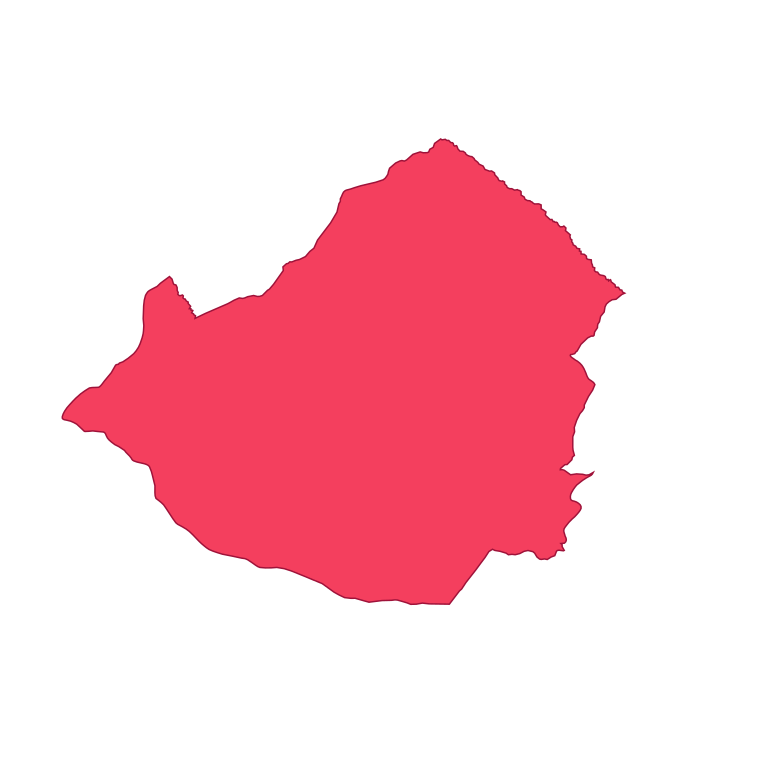 outline of Basankusu, Équateur, Democratic Republic of the Congo, rotated 217°
{"feature_id": "63176286B59821830207387", "entity_name": "Basankusu", "entity_type": "district", "adm_level": 2, "iso_a3": "COD", "parent_name": "Democratic Republic of the Congo", "parent_adm1": "Équateur", "projection": "orthographic", "projection_center": [19.985, 1.055], "detail": "fine", "context": "isolated", "style": "filled", "palette": "rose", "viewbox_px": 768, "rotation_deg": 217, "n_neighbors": 0, "source": "geoboundaries", "source_scale": "gbopen_adm2", "svg_char_len": 6171}
<svg xmlns="http://www.w3.org/2000/svg" viewBox="0 0 768 768"><g transform="rotate(217 384 384)"><path d="M620.0,340.7L623.2,329.9L623.9,325.4L626.5,320.0L627.6,317.5L628.1,315.7L628.1,313.7L627.8,311.3L625.9,306.7L623.0,301.8L615.6,291.2L610.9,286.0L608.0,281.6L606.6,279.2L604.9,275.2L603.1,269.7L602.2,265.7L601.9,261.4L602.1,257.6L603.8,250.6L605.9,244.5L607.9,241.5L608.0,239.9L609.0,238.9L609.7,237.6L608.6,228.9L609.1,218.2L609.1,214.2L609.2,212.3L609.5,210.6L610.0,209.6L611.9,208.0L615.0,205.5L616.9,203.5L618.7,198.8L620.3,193.7L621.6,187.3L622.1,183.5L622.6,178.4L622.9,174.3L622.7,170.1L622.2,167.1L621.3,164.4L620.9,163.8L620.2,163.0L619.4,162.8L618.0,163.0L615.5,164.2L612.0,165.7L608.7,166.5L605.3,167.0L601.1,166.6L596.7,166.1L595.1,165.9L594.3,166.1L591.4,168.5L588.3,171.3L584.7,173.4L580.8,175.8L579.2,176.8L578.1,177.0L576.8,176.8L574.7,175.6L572.5,174.5L570.2,173.9L566.7,173.6L562.5,173.6L558.2,174.4L555.0,174.6L551.3,174.8L548.8,174.1L543.9,173.4L541.3,172.7L539.9,172.1L538.9,171.9L537.6,172.0L534.4,173.0L527.4,176.1L525.6,176.7L524.3,177.0L523.2,177.1L521.7,176.9L520.5,176.2L517.2,174.2L514.0,171.7L505.7,164.9L501.6,159.4L499.5,157.0L497.2,155.4L493.8,155.4L490.7,155.3L487.3,154.9L482.5,153.3L471.3,149.3L466.7,147.9L464.3,147.8L459.3,148.6L454.7,149.1L450.8,149.1L445.7,148.5L440.8,147.7L437.1,147.1L433.7,146.7L430.5,146.5L427.2,146.4L424.0,146.6L420.0,147.6L416.0,148.9L410.7,150.8L401.2,155.4L393.0,159.2L389.9,160.9L387.2,161.6L382.1,161.9L377.9,162.0L375.0,162.2L372.7,162.8L368.0,165.8L363.2,169.5L359.2,173.0L352.5,176.5L345.6,178.9L333.7,182.1L322.4,185.0L313.3,187.4L298.3,187.7L292.8,188.5L286.9,189.7L281.5,192.9L278.1,195.5L269.0,199.0L264.7,200.7L255.2,209.9L247.9,215.7L245.3,218.2L243.3,219.5L238.4,221.4L233.8,223.1L230.1,224.1L228.1,225.7L225.7,227.6L221.5,232.1L215.6,235.6L199.3,247.5L199.2,264.2L198.6,267.0L199.1,274.8L198.8,290.8L198.9,298.8L198.9,306.2L199.4,313.4L197.9,317.3L195.3,317.8L190.7,320.2L184.7,322.4L181.9,322.5L179.3,325.0L176.5,326.6L173.5,330.3L171.4,334.7L168.8,337.7L164.2,339.7L161.9,339.6L157.7,337.9L154.4,337.8L152.9,338.5L150.5,340.9L148.0,342.1L146.4,346.4L144.3,349.7L145.6,354.3L145.4,355.3L144.3,356.5L140.3,358.8L139.9,359.6L143.8,361.3L145.1,362.9L146.7,363.1L145.4,364.3L144.1,365.5L143.9,367.5L144.5,369.1L145.9,370.5L147.9,371.6L149.2,372.6L151.0,373.9L152.1,374.9L153.0,376.7L153.2,378.5L153.2,380.9L153.1,384.8L152.5,389.4L151.8,392.8L151.4,396.9L151.3,399.4L151.4,401.5L151.8,403.3L153.0,404.8L154.7,405.6L156.9,405.8L159.2,405.6L161.3,405.0L163.4,404.1L164.8,404.0L166.0,404.6L167.4,406.2L168.4,408.1L168.9,410.2L169.3,413.7L169.4,416.4L169.3,419.3L168.0,424.4L167.4,426.6L165.8,431.0L163.6,435.9L163.4,437.5L163.7,439.3L165.6,434.9L167.8,432.8L170.9,431.5L176.1,428.1L180.4,423.8L188.1,423.6L190.1,422.9L191.6,421.6L192.2,422.8L191.0,428.4L189.3,429.9L188.4,436.6L189.5,438.9L189.0,441.6L193.2,444.9L195.1,447.0L201.5,455.5L203.0,460.5L205.9,463.8L208.3,471.0L209.7,478.3L209.4,482.2L209.8,485.6L211.4,487.8L213.2,497.1L213.7,504.7L215.2,510.4L216.3,510.9L217.6,511.3L220.1,511.3L222.1,511.2L223.7,511.2L225.5,511.9L227.0,512.7L229.3,514.2L233.4,516.5L235.5,517.4L237.3,518.0L240.1,518.5L243.4,518.6L245.4,518.3L247.6,518.3L249.5,518.2L251.4,518.3L252.4,518.8L252.7,519.8L251.7,520.7L250.0,523.0L250.0,525.7L249.6,526.4L250.0,529.7L250.6,534.2L249.1,543.4L247.3,547.0L245.8,548.1L245.5,549.2L247.1,552.3L247.4,557.4L248.5,559.0L249.3,560.6L249.4,563.3L251.7,568.4L251.5,574.0L253.9,578.6L254.5,581.7L253.9,585.0L252.5,588.6L249.7,591.3L247.9,598.7L246.4,601.4L248.8,601.0L250.6,602.1L252.2,601.2L254.9,602.3L257.4,600.7L259.3,602.3L264.0,602.3L265.5,603.5L266.1,603.5L266.7,601.5L267.9,602.4L268.8,601.5L269.8,601.4L271.9,603.0L273.7,602.8L276.9,601.2L278.4,601.1L280.7,601.9L282.4,601.0L284.2,601.2L285.6,603.6L287.8,603.1L289.2,604.5L291.0,605.5L293.2,607.9L296.1,606.3L297.7,606.1L299.3,607.9L302.0,608.1L304.9,606.5L306.5,608.5L307.9,607.8L309.1,609.7L310.0,609.2L311.6,608.5L313.8,609.4L316.8,609.0L317.9,610.1L319.7,610.6L320.7,612.2L322.3,612.1L324.7,614.1L324.9,615.2L326.0,615.3L331.4,615.7L331.7,616.5L332.6,618.1L335.4,618.4L335.6,618.0L335.9,617.2L337.8,615.6L340.3,615.9L342.6,617.1L343.6,617.0L344.8,616.1L346.0,616.2L346.6,615.5L348.9,616.5L350.2,615.3L356.4,615.9L357.1,616.5L358.2,618.9L361.9,618.8L363.9,618.5L366.3,621.6L368.8,621.0L372.1,618.4L373.8,618.2L375.1,618.4L376.0,618.3L376.6,618.0L377.7,618.2L379.9,616.8L382.6,616.4L384.5,617.7L388.2,617.4L390.3,620.1L392.0,620.2L393.5,619.5L394.3,619.6L396.4,617.4L399.5,616.9L401.4,615.5L403.9,615.1L405.4,616.1L407.9,616.3L408.9,617.3L409.3,617.9L411.4,617.6L411.4,617.1L414.3,615.8L415.9,616.2L416.9,617.0L421.5,617.8L422.8,619.1L426.3,618.9L427.8,617.5L432.5,616.1L436.0,617.7L440.4,616.8L442.5,617.5L446.5,617.6L447.7,618.3L450.6,618.5L452.2,617.6L454.6,616.9L456.8,616.8L458.0,617.5L460.7,617.5L463.4,615.7L466.4,616.2L468.5,617.6L469.5,618.0L470.9,616.5L471.8,616.5L473.5,617.8L474.6,617.9L476.0,617.0L478.9,617.5L480.4,616.3L482.3,616.3L484.6,613.9L486.2,613.8L488.4,606.6L487.1,602.6L488.7,599.0L487.9,596.1L488.7,594.8L491.8,592.3L494.8,591.1L499.1,584.9L500.8,576.4L501.9,574.3L504.2,573.2L505.5,571.7L507.7,567.5L509.4,559.7L508.4,556.6L507.1,553.8L506.9,551.4L506.9,548.8L507.6,546.5L512.0,540.2L521.8,528.4L525.8,522.9L528.1,519.5L530.8,516.1L531.4,514.9L531.8,512.9L531.4,510.6L530.8,508.3L530.3,505.6L528.8,503.6L528.5,500.9L525.0,493.0L523.6,480.5L523.7,459.0L521.7,450.3L523.0,445.2L523.4,438.5L526.4,432.6L528.7,429.9L531.1,426.0L532.8,424.8L533.1,422.7L534.3,421.3L535.2,416.7L532.7,414.0L532.2,397.3L532.6,390.7L533.4,388.8L534.4,381.5L536.1,379.1L537.8,377.7L541.4,376.2L545.4,371.7L547.2,368.6L548.5,367.2L551.4,365.6L554.2,360.6L555.8,356.9L557.1,354.1L569.1,332.9L574.4,322.7L575.6,325.1L577.6,324.9L578.3,325.4L580.5,325.1L580.8,327.6L581.2,327.7L582.4,326.8L583.5,327.9L584.8,327.0L585.2,329.7L588.8,330.4L589.7,331.6L591.8,331.3L593.9,332.2L594.6,331.7L596.4,331.8L597.3,333.6L598.5,333.8L600.0,331.8L600.8,331.4L602.6,331.5L603.4,333.2L605.4,334.2L607.3,336.6L609.7,337.9L611.7,337.1L612.9,337.6L616.4,340.2L620.0,340.7Z" fill="#f43f5e" stroke="#9f1239" stroke-width="1.5"/></g></svg>